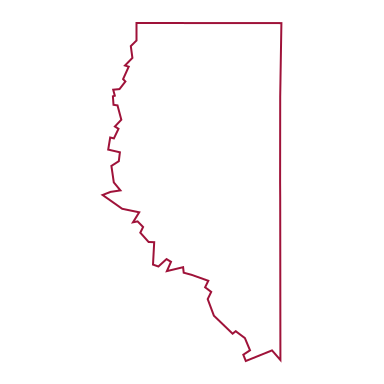 LaSalle, Louisiana, United States of America (Robinson projection)
{"feature_id": "52423323B85918245780607", "entity_name": "LaSalle", "entity_type": "district", "adm_level": 2, "iso_a3": "USA", "parent_name": "United States of America", "parent_adm1": "Louisiana", "projection": "robinson", "projection_center": [-92.255, 31.626], "detail": "fine", "context": "isolated", "style": "outline", "palette": "rose", "viewbox_px": 384, "rotation_deg": 0, "n_neighbors": 0, "source": "geoboundaries", "source_scale": "gbopen_adm2", "svg_char_len": 844}
<svg xmlns="http://www.w3.org/2000/svg" viewBox="0 0 384 384"><path d="M112.9,96.3L113.5,104.8L117.5,105.4L121.3,119.7L114.9,126.5L118.5,128.8L113.9,138.4L110.2,137.5L108.2,149.6L119.9,152.3L118.8,161.2L111.4,165.9L113.8,182.4L120.4,190.4L110.5,191.9L102.6,195.0L122.2,208.8L139.2,212.3L133.0,222.3L137.6,221.4L143.1,227.0L140.3,232.7L148.6,242.0L154.2,242.2L153.0,264.6L158.4,266.5L166.5,259.1L171.0,261.8L166.9,271.1L183.1,267.2L183.7,272.7L191.5,274.8L208.3,280.8L205.1,287.3L211.2,291.9L207.7,299.1L213.9,315.7L232.6,333.7L235.7,331.2L244.9,338.1L250.0,350.3L243.3,354.7L245.8,361.0L272.0,350.4L280.4,360.0L280.2,197.8L280.1,182.5L280.2,96.5L281.4,23.1L136.5,23.0L136.5,40.5L130.8,46.1L132.4,57.9L125.0,65.5L128.7,66.7L123.1,79.1L125.4,81.5L119.5,89.1L113.2,89.7L114.8,95.7L112.9,96.3Z" fill="none" stroke="#9f1239" stroke-width="2"/></svg>